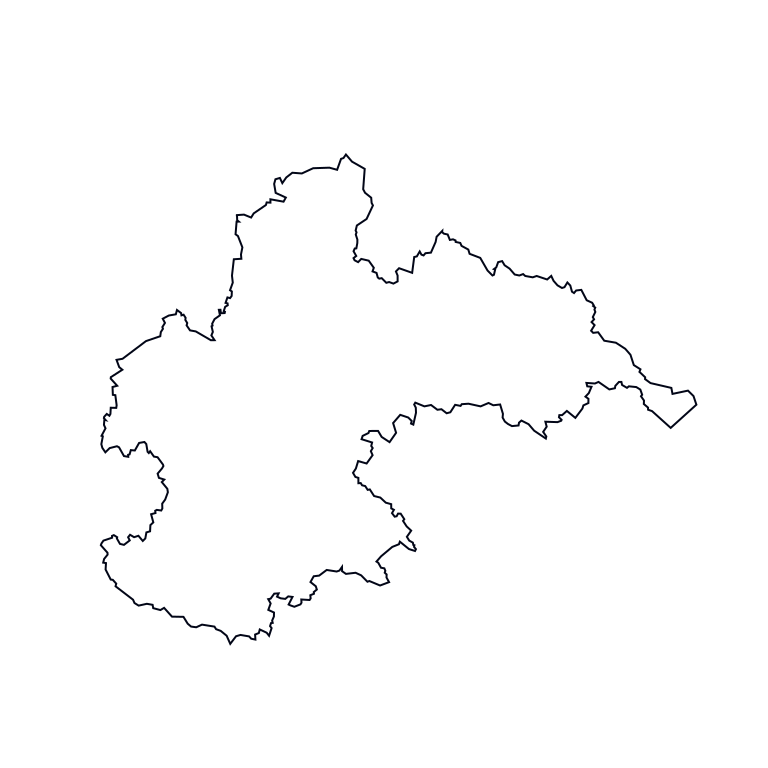 Kells Lea-7, Meath, Ireland, rotated 171°
{"feature_id": "5873133B57214711560854", "entity_name": "Kells Lea-7", "entity_type": "district", "adm_level": 2, "iso_a3": "IRL", "parent_name": "Ireland", "parent_adm1": "Meath", "projection": "mercator", "projection_center": [-6.928, 53.748], "detail": "fine", "context": "isolated", "style": "outline", "palette": "ink", "viewbox_px": 768, "rotation_deg": 171, "n_neighbors": 0, "source": "geoboundaries", "source_scale": "gbopen_adm2", "svg_char_len": 6163}
<svg xmlns="http://www.w3.org/2000/svg" viewBox="0 0 768 768"><g transform="rotate(171 384 384)"><path d="M369.4,599.5L380.8,608.6L385.7,616.6L388.7,613.5L391.2,613.1L396.8,602.9L404.1,606.2L420.2,608.2L432.2,604.8L441.5,607.0L448.2,603.3L453.0,598.3L454.6,603.8L459.2,603.2L461.2,598.8L461.1,589.7L451.8,583.5L454.7,579.8L467.3,584.2L467.8,580.9L471.5,581.7L472.6,579.3L486.0,572.9L489.2,569.2L495.8,573.2L503.8,573.9L502.8,573.6L503.4,568.7L502.0,567.1L504.2,567.4L507.2,555.1L505.1,553.0L502.5,541.1L505.0,534.3L505.3,530.0L512.8,530.7L517.2,514.8L517.5,507.8L521.4,500.7L519.8,499.2L520.7,494.8L522.6,492.9L525.1,494.0L527.8,488.9L525.9,488.1L526.0,486.2L528.8,485.1L530.9,481.0L529.8,480.2L530.3,479.0L534.0,479.4L533.9,482.9L535.5,483.1L535.3,477.5L541.2,474.6L544.3,470.4L544.2,468.5L545.3,468.0L544.9,462.2L546.9,459.0L544.5,453.8L548.1,454.3L561.7,465.4L567.2,467.3L569.8,472.8L568.8,475.0L570.2,478.4L569.6,480.4L571.1,483.8L573.3,483.5L573.3,485.8L576.9,489.5L578.7,485.4L585.8,485.3L592.3,483.1L590.8,478.6L594.0,474.9L593.7,473.1L596.3,470.2L597.5,466.2L612.4,463.6L638.3,449.8L644.4,449.7L642.9,442.1L640.2,439.0L652.7,433.5L653.1,432.1L647.8,424.0L652.6,423.5L653.5,415.7L651.1,415.0L651.4,404.8L652.2,402.3L657.6,403.3L658.9,397.2L660.2,395.6L662.5,397.8L665.5,395.4L666.0,394.1L664.6,391.9L665.8,392.4L667.0,387.4L666.0,383.8L671.1,377.0L669.9,376.3L672.6,368.8L672.2,365.0L669.9,360.1L665.0,363.6L657.5,364.3L655.6,362.9L652.1,353.5L648.0,352.1L647.8,354.1L646.3,354.3L644.4,358.3L640.5,357.3L635.1,364.1L629.7,364.2L628.2,361.9L628.1,354.0L627.1,352.6L625.5,354.2L622.6,348.3L619.1,347.1L614.9,339.0L614.7,337.5L616.5,335.3L621.6,330.9L621.0,326.5L616.0,324.0L618.8,321.9L614.4,314.4L614.4,310.9L618.2,304.1L621.8,300.5L622.4,295.7L623.8,293.9L628.1,295.2L629.8,294.6L629.9,292.3L634.4,291.8L633.5,283.4L636.8,281.2L638.1,275.1L641.9,274.6L643.9,268.8L646.8,266.7L650.3,272.5L654.8,271.8L658.4,274.8L660.7,272.7L659.6,269.3L666.0,265.8L669.8,267.4L672.0,273.2L671.5,274.4L674.5,277.0L676.4,276.5L676.6,274.7L685.6,273.2L688.0,270.7L688.9,269.1L683.5,260.6L683.7,258.7L687.8,255.0L689.3,251.5L686.6,250.6L688.0,244.3L684.5,233.6L682.5,233.0L679.7,228.7L680.8,226.2L665.6,210.2L664.7,206.7L661.0,203.5L652.6,204.0L647.1,202.1L647.0,198.7L640.2,195.7L636.2,197.3L629.8,187.4L618.5,185.4L615.4,178.0L612.5,174.6L607.5,173.1L601.4,174.8L589.4,170.9L588.2,168.1L583.9,165.7L578.8,160.0L576.5,151.4L569.6,158.0L565.0,158.6L556.7,155.8L555.0,153.2L551.0,151.7L550.5,156.7L546.6,157.6L545.1,161.0L538.8,156.7L536.9,153.3L533.2,160.5L534.4,162.7L533.0,165.5L531.3,165.5L531.5,167.8L529.1,171.6L528.4,175.5L533.6,179.0L530.3,185.0L532.0,189.6L529.6,189.7L525.2,194.1L520.8,193.7L522.9,190.7L519.6,188.5L515.1,187.2L511.8,189.2L507.7,188.0L512.7,181.1L511.1,180.0L507.4,178.0L501.0,179.4L499.7,180.9L499.4,184.1L491.3,182.3L490.0,183.7L489.8,186.9L486.0,187.8L485.9,189.5L482.5,191.5L483.0,194.9L487.6,199.9L483.5,205.1L478.0,204.9L469.7,209.3L460.1,206.2L457.2,206.7L454.1,209.9L454.7,205.7L451.3,202.4L441.6,202.0L436.5,198.6L431.3,191.3L429.3,191.7L419.4,185.6L410.0,187.5L411.8,192.5L411.2,195.5L412.8,197.5L411.9,199.3L412.5,201.9L415.7,203.0L417.6,208.3L419.2,209.8L413.8,214.3L401.3,221.8L394.3,223.4L393.0,225.8L385.2,217.1L379.5,214.2L378.3,215.9L379.8,218.4L379.2,220.0L380.2,220.4L380.3,222.8L383.6,225.4L385.3,229.5L380.1,234.9L383.9,239.8L386.6,245.8L385.1,247.3L387.8,253.3L390.4,253.8L392.2,251.4L394.2,251.3L396.3,255.2L393.9,258.2L396.3,260.0L395.7,264.2L400.8,266.5L405.4,272.4L411.3,274.9L414.5,282.1L416.7,282.0L418.5,286.1L421.5,287.4L422.5,289.8L424.8,290.0L424.0,295.3L426.8,296.7L428.5,301.1L425.0,304.9L421.6,311.9L413.6,308.2L406.4,315.5L407.5,319.7L405.2,322.5L406.3,324.8L404.9,328.1L414.8,333.0L413.2,336.1L407.0,338.0L405.9,339.9L397.2,338.6L394.6,332.1L387.6,325.7L379.7,333.9L381.1,344.0L372.8,351.0L365.3,347.1L362.4,343.1L363.5,340.7L361.4,339.3L356.9,350.6L356.3,355.7L357.4,359.0L356.0,360.7L347.6,355.6L340.8,355.9L335.3,350.2L331.2,350.1L326.7,345.3L322.9,345.7L317.0,352.3L311.8,350.4L310.4,351.9L303.6,351.3L292.1,346.8L283.7,348.9L279.4,345.9L272.5,345.6L271.2,335.9L272.1,332.3L270.5,328.0L267.8,325.1L264.2,322.4L257.6,322.0L256.7,324.7L254.0,326.4L247.5,321.7L243.0,314.4L232.7,304.8L231.9,306.8L234.3,311.8L230.0,316.4L230.5,321.5L218.6,319.2L214.7,320.0L214.2,320.8L216.4,323.8L215.7,325.8L212.9,325.4L207.6,328.8L200.3,320.6L191.9,328.7L190.4,331.7L185.1,333.2L184.4,337.4L187.0,340.0L183.1,343.0L179.5,348.8L183.6,349.9L183.9,353.4L175.6,351.5L171.8,352.5L162.3,343.4L156.6,343.7L155.8,346.0L151.6,349.3L149.2,348.9L149.0,345.8L144.6,342.2L142.5,343.4L135.3,341.5L131.7,338.4L130.7,333.0L132.1,331.7L129.8,327.0L130.5,323.6L126.9,319.4L127.2,317.3L123.5,315.3L107.7,295.8L78.7,314.7L80.2,323.7L84.8,329.9L100.6,329.1L100.8,335.2L120.6,343.2L125.4,348.0L125.0,349.8L129.8,356.0L128.4,358.4L134.3,363.6L136.0,374.3L140.2,381.0L148.5,388.5L159.7,392.3L164.4,401.6L169.4,401.8L171.1,404.2L166.8,409.2L169.3,412.7L166.4,415.0L167.3,417.4L164.0,422.1L164.5,424.6L163.4,426.4L165.2,428.3L164.5,428.8L165.7,431.7L170.7,435.0L174.4,446.1L179.6,446.3L182.1,444.1L183.9,445.8L184.6,452.1L187.0,455.6L190.6,451.4L193.2,451.0L197.2,454.3L200.4,459.4L201.9,464.6L206.5,461.7L216.3,466.8L220.4,466.1L227.6,468.6L229.4,470.8L233.4,470.0L237.8,471.7L241.9,478.3L246.3,482.4L248.1,486.9L252.2,486.5L254.9,481.6L257.4,480.3L256.3,479.7L258.3,474.7L259.9,474.2L264.0,479.9L269.2,493.5L279.1,499.2L279.7,503.6L285.8,508.3L286.6,511.4L291.0,513.1L290.9,514.6L293.2,516.1L296.4,516.0L297.7,521.7L301.3,523.1L302.8,524.8L302.5,526.1L309.0,521.2L310.8,516.2L317.1,506.4L322.6,506.7L324.8,504.8L326.8,505.9L328.0,509.3L331.6,504.9L334.3,504.7L338.8,489.4L351.0,496.0L354.6,493.3L353.6,489.0L354.5,483.2L359.0,481.7L363.0,483.9L365.9,483.6L369.7,488.9L372.2,488.8L373.5,490.2L374.0,494.9L377.7,497.0L375.9,500.4L379.8,508.2L386.9,511.1L390.5,508.4L393.7,510.8L394.4,513.1L391.4,514.8L393.3,519.9L391.7,522.4L390.1,522.3L388.3,527.4L387.7,530.8L388.5,536.0L387.4,538.1L388.0,540.0L386.0,544.8L375.4,549.7L367.0,562.1L367.9,564.8L367.5,570.0L372.8,575.8L374.1,579.6L369.4,599.5Z" fill="none" stroke="#020617" stroke-width="2"/></g></svg>